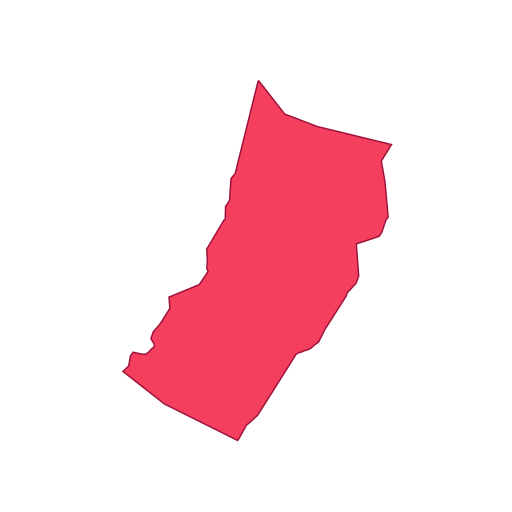 Saki East, Oyo, Nigeria (Mercator projection), rotated 239°
{"feature_id": "59680162B31759462460359", "entity_name": "Saki East", "entity_type": "district", "adm_level": 2, "iso_a3": "NGA", "parent_name": "Nigeria", "parent_adm1": "Oyo", "projection": "mercator", "projection_center": [3.599, 8.694], "detail": "fine", "context": "isolated", "style": "filled", "palette": "rose", "viewbox_px": 512, "rotation_deg": 239, "n_neighbors": 0, "source": "geoboundaries", "source_scale": "gbopen_adm2", "svg_char_len": 972}
<svg xmlns="http://www.w3.org/2000/svg" viewBox="0 0 512 512"><g transform="rotate(239 256 256)"><path d="M107.4,145.2L108.7,148.1L116.1,161.0L116.2,163.1L118.7,175.5L151.2,239.9L151.2,240.6L151.0,241.6L151.1,242.3L150.8,243.9L150.1,246.4L150.1,247.9L149.2,251.0L148.8,253.0L148.8,256.2L149.7,260.7L149.9,265.1L157.7,277.5L175.2,312.7L177.4,315.0L181.1,327.7L185.9,333.7L214.7,348.2L209.6,370.8L209.4,371.6L211.6,376.2L219.8,385.7L221.3,389.3L252.8,404.6L272.9,412.4L281.7,429.5L335.4,375.2L362.9,353.7L404.6,348.6L404.6,347.7L337.4,280.6L335.3,274.6L334.7,274.1L317.3,262.0L314.1,255.4L303.4,248.6L303.2,246.9L287.1,217.0L285.6,216.5L277.1,211.9L270.7,207.5L267.4,206.9L260.7,192.7L265.6,160.3L255.5,155.2L249.0,142.6L246.7,137.5L244.0,129.1L241.9,126.5L239.3,123.4L232.9,123.3L230.7,122.1L230.0,118.0L228.8,114.1L228.7,110.3L231.2,107.1L236.8,101.1L235.0,96.9L227.3,90.2L225.5,82.5L176.3,101.3L107.4,145.2Z" fill="#f43f5e" stroke="#9f1239" stroke-width="1.5"/></g></svg>